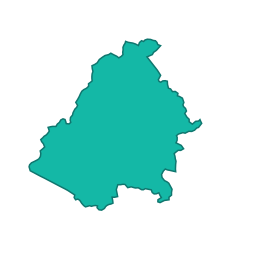 the district of Socorro, São Paulo, Brazil, rotated 29°
{"feature_id": "56859067B26049884492789", "entity_name": "Socorro", "entity_type": "district", "adm_level": 2, "iso_a3": "BRA", "parent_name": "Brazil", "parent_adm1": "São Paulo", "projection": "robinson", "projection_center": [-46.516, -22.599], "detail": "fine", "context": "isolated", "style": "filled", "palette": "teal", "viewbox_px": 256, "rotation_deg": 29, "n_neighbors": 0, "source": "geoboundaries", "source_scale": "gbopen_adm2", "svg_char_len": 2704}
<svg xmlns="http://www.w3.org/2000/svg" viewBox="0 0 256 256"><g transform="rotate(29 128 128)"><path d="M161.1,75.5L157.7,75.5L155.6,75.9L154.9,73.5L151.7,73.1L149.2,74.6L146.3,73.2L144.1,73.6L141.4,70.7L139.7,68.0L137.6,68.6L135.6,69.9L134.4,72.1L132.6,72.2L131.1,71.0L131.0,66.1L125.6,63.2L118.3,60.1L110.1,56.6L113.7,52.0L113.7,49.4L115.2,46.3L116.6,40.2L113.6,40.6L111.8,39.1L109.7,38.4L107.5,39.2L104.8,39.6L101.8,41.0L100.2,42.8L99.6,44.8L97.5,45.1L96.6,47.7L97.1,50.8L93.8,50.9L91.0,51.4L88.8,52.2L86.5,53.0L83.9,53.4L84.4,55.4L84.2,57.4L84.5,59.9L85.8,62.0L86.7,64.4L88.0,66.2L87.4,68.6L85.9,71.1L83.3,70.7L79.6,70.9L76.7,70.9L75.5,73.2L72.8,75.7L71.4,78.3L69.7,82.0L69.5,85.8L68.2,88.4L66.3,91.0L68.1,93.6L69.9,95.5L70.4,98.1L71.4,100.4L72.6,102.5L73.8,104.1L73.0,106.3L72.0,108.4L73.3,110.6L72.4,113.4L70.7,115.9L69.8,118.2L69.8,120.8L70.1,124.3L70.1,127.6L69.9,130.9L72.9,132.6L73.1,134.8L72.4,137.2L72.5,141.1L73.2,143.7L72.6,146.6L73.7,149.3L75.2,150.8L74.5,153.0L71.9,154.1L70.4,152.5L68.8,151.1L66.7,151.5L65.3,153.6L65.3,156.3L64.3,158.8L64.2,161.6L61.5,163.0L59.8,164.3L57.8,166.2L59.5,167.7L60.7,169.0L60.4,171.2L60.0,173.4L58.6,176.0L58.2,177.9L57.3,180.4L59.1,181.8L61.6,182.8L64.3,185.0L63.5,187.5L62.3,190.6L64.1,192.6L65.2,195.4L65.0,198.3L64.0,200.1L62.4,202.5L60.4,205.3L59.8,207.9L60.3,209.9L63.2,212.8L74.9,212.6L78.8,212.4L96.2,212.0L102.7,211.8L105.8,211.8L113.9,212.4L114.6,214.9L117.0,216.2L118.5,214.5L120.8,214.6L124.0,216.3L126.8,217.3L129.0,217.6L130.6,216.1L132.0,214.6L134.0,214.2L135.5,212.7L137.0,211.6L139.1,210.9L139.6,212.7L142.3,213.6L144.8,212.6L146.4,209.8L146.5,207.6L147.2,205.8L148.3,204.2L150.0,202.7L151.3,201.0L149.8,198.9L147.6,196.2L149.8,195.1L152.2,193.0L147.6,187.5L147.0,184.5L146.6,182.5L149.0,181.2L150.8,179.7L152.8,178.8L156.7,180.3L159.3,177.9L161.6,177.4L163.5,176.9L166.0,175.3L169.7,175.4L171.4,174.5L172.5,172.7L178.3,170.8L180.5,172.7L182.8,173.0L184.7,171.8L186.4,169.7L188.3,171.2L190.9,172.7L189.0,176.2L189.9,178.1L192.2,177.7L195.0,173.7L198.7,170.9L197.4,168.7L198.6,165.6L197.3,163.3L196.2,160.2L190.4,156.5L188.5,156.2L185.4,156.3L181.8,154.8L179.9,152.4L179.8,148.4L180.5,145.8L182.6,145.6L185.1,144.8L190.9,143.1L189.4,140.9L187.3,136.7L186.1,133.8L184.3,132.0L182.8,130.0L180.8,128.0L181.7,125.6L182.7,123.2L185.0,122.0L186.7,119.2L183.0,117.4L177.2,117.7L176.9,114.9L175.6,112.4L174.1,111.2L175.0,108.9L178.2,105.5L180.5,104.8L182.8,101.4L185.4,100.1L187.3,97.6L188.1,94.7L189.4,93.3L190.2,88.2L188.3,86.9L186.9,85.8L186.4,87.7L183.9,89.4L182.4,93.4L178.5,92.9L177.2,90.7L174.2,89.9L170.6,87.8L170.9,84.8L168.8,83.0L166.2,82.3L164.8,81.1L164.5,78.6L161.1,75.5Z" fill="#14b8a6" stroke="#0f766e" stroke-width="1.5"/></g></svg>